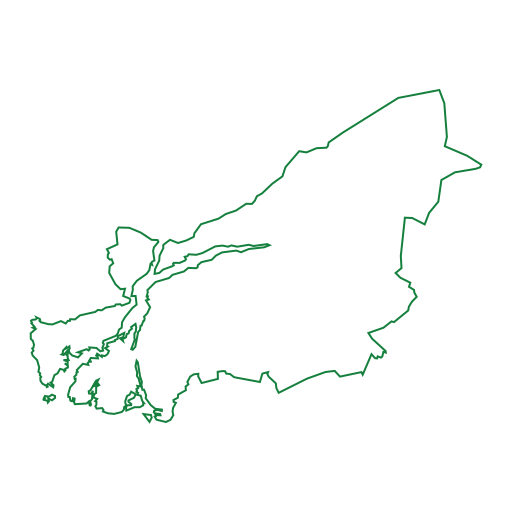 the district of Suldal nor, Rogaland, Norway
{"feature_id": "86288312B74998451175401", "entity_name": "Suldal nor", "entity_type": "district", "adm_level": 2, "iso_a3": "NOR", "parent_name": "Norway", "parent_adm1": "Rogaland", "projection": "albers", "projection_center": [6.141, 59.542], "detail": "fine", "context": "isolated", "style": "outline", "palette": "green", "viewbox_px": 512, "rotation_deg": 0, "n_neighbors": 0, "source": "geoboundaries", "source_scale": "gbopen_adm2", "svg_char_len": 5951}
<svg xmlns="http://www.w3.org/2000/svg" viewBox="0 0 512 512"><path d="M439.3,90.0L398.3,97.9L343.1,132.4L328.7,142.4L327.8,146.2L326.5,147.7L316.5,148.2L306.5,152.4L299.2,151.2L285.5,167.1L282.4,176.4L272.5,183.5L261.9,193.5L256.9,196.2L254.9,200.6L252.0,203.9L246.2,203.8L235.9,210.6L225.8,214.0L218.6,218.6L201.0,224.2L194.4,233.3L193.7,236.9L186.2,240.5L178.0,243.0L170.0,239.8L164.3,244.1L163.2,245.2L163.3,248.2L159.6,255.6L159.2,260.7L155.0,269.3L154.6,273.9L159.4,272.9L163.0,269.6L172.1,266.3L173.8,265.3L173.0,263.8L173.7,262.9L179.6,262.9L185.1,260.5L186.0,259.3L184.7,256.8L187.4,256.2L188.7,254.3L196.3,254.8L202.3,253.1L215.3,246.4L222.5,245.6L228.1,246.7L231.4,245.4L237.2,246.7L248.7,244.8L253.7,246.0L267.1,244.1L269.5,245.2L264.2,247.3L248.9,249.0L241.0,252.2L236.2,250.6L222.1,252.4L215.9,255.6L211.7,259.8L201.5,262.1L197.8,265.2L197.6,267.3L196.2,268.2L188.3,267.9L183.9,271.5L172.6,274.8L169.1,278.0L155.6,282.0L147.4,290.1L147.8,292.2L146.7,296.3L147.9,296.4L147.3,297.8L148.8,299.5L146.0,300.4L150.1,307.2L147.2,313.5L144.0,316.7L144.7,318.5L144.1,320.8L143.3,321.0L141.6,325.6L140.5,325.8L140.0,329.9L138.1,332.1L135.3,346.9L132.6,349.8L131.2,349.2L134.3,340.7L135.4,340.3L134.4,338.6L134.4,333.6L135.8,331.5L136.2,327.3L135.5,323.9L131.1,327.1L131.9,328.7L129.2,330.9L128.6,333.4L126.7,334.1L126.0,337.3L122.5,339.2L123.0,341.0L120.0,338.3L123.3,337.1L124.2,332.9L118.0,336.1L117.6,338.9L114.9,340.1L114.9,341.1L107.3,343.2L107.1,345.9L108.0,346.5L105.1,348.1L109.0,351.0L107.4,354.3L104.7,356.1L102.0,355.4L101.9,356.8L97.1,353.7L96.2,355.6L97.5,356.3L98.0,358.4L90.8,358.0L89.3,360.5L91.6,361.8L89.0,361.7L87.7,363.0L88.3,364.9L82.8,363.8L76.8,370.1L77.7,371.9L76.5,372.3L76.4,374.7L74.3,376.7L74.7,379.0L75.6,378.8L75.4,381.4L70.2,387.2L68.1,394.7L68.3,396.9L69.8,397.0L70.3,400.4L71.2,401.1L72.4,401.2L73.1,398.1L74.6,398.6L74.1,402.3L74.9,404.2L86.6,403.5L88.8,401.5L89.7,405.4L90.5,405.5L91.0,404.6L90.1,401.3L91.9,399.3L92.9,390.8L91.3,393.7L89.0,393.5L88.7,391.2L90.4,390.4L96.0,380.7L98.4,379.6L95.2,385.7L98.0,384.7L98.0,383.6L99.2,385.1L96.2,386.7L96.1,393.0L94.3,394.1L93.3,397.5L97.2,398.9L95.2,401.1L96.4,401.6L96.4,404.7L95.4,406.3L96.6,408.6L102.2,408.1L103.5,410.0L102.9,411.5L108.0,413.3L114.2,413.9L121.8,412.0L123.8,409.7L124.2,407.0L126.4,405.5L125.3,403.1L125.3,401.0L127.1,395.9L129.6,394.7L131.2,391.7L135.7,394.3L134.0,397.8L128.5,400.4L128.4,401.6L131.3,404.1L131.1,405.2L127.1,405.3L126.0,407.5L126.3,410.6L134.6,407.2L139.8,407.2L143.2,405.3L143.1,403.2L144.0,403.2L142.3,401.0L140.7,395.7L137.2,394.8L138.1,392.8L136.4,391.8L137.0,390.8L136.4,389.0L138.1,388.2L137.3,385.9L140.3,386.5L140.4,385.5L138.7,378.7L136.9,376.0L137.2,372.5L135.5,366.4L136.6,360.7L137.8,362.3L140.1,376.5L141.9,381.9L141.4,384.9L142.4,389.8L144.0,389.7L144.7,391.4L146.1,395.3L145.7,398.2L150.8,405.2L155.3,408.8L161.9,409.6L161.8,411.0L157.2,409.8L154.1,410.8L153.8,412.2L154.8,413.3L160.2,414.1L160.5,415.3L155.5,415.1L155.8,416.2L154.7,416.6L156.5,419.7L165.9,422.0L170.5,419.8L173.3,415.2L172.6,411.9L173.0,408.1L175.9,402.8L173.6,401.9L173.5,400.0L177.8,397.8L178.2,394.5L185.9,390.2L185.6,386.5L188.4,384.4L187.4,381.9L190.2,376.6L193.6,374.4L198.3,373.8L198.2,376.4L201.6,383.0L217.9,378.9L217.7,371.8L222.3,371.1L225.1,371.2L226.2,373.6L230.0,374.0L234.1,377.2L259.9,382.0L262.4,373.6L268.1,372.1L267.4,374.1L268.7,376.7L275.8,383.3L276.4,388.2L278.7,392.8L307.1,378.6L325.5,372.0L334.7,370.9L340.0,376.6L361.4,372.1L362.7,374.7L371.5,354.2L375.1,358.2L377.1,358.4L377.7,356.4L381.0,357.6L382.3,356.4L383.4,351.9L385.8,352.6L385.6,351.0L372.2,338.8L368.4,333.0L383.5,327.7L391.5,321.4L394.0,322.1L408.2,310.5L408.9,306.7L411.9,301.7L416.7,296.8L414.4,292.7L414.0,289.9L409.0,286.8L410.3,282.7L400.5,277.8L395.6,273.0L401.5,268.1L400.8,255.9L404.9,217.7L412.2,218.0L424.7,224.4L429.1,212.9L438.3,201.7L441.4,180.0L455.0,172.3L475.8,168.8L480.1,167.3L481.3,164.7L467.2,155.8L444.8,146.2L446.9,137.0L444.3,103.2L439.3,90.0ZM118.6,227.5L116.2,231.7L117.5,244.4L106.9,249.2L108.9,253.0L107.9,254.3L107.7,257.6L109.9,259.7L111.6,259.2L113.2,263.3L109.7,266.3L109.2,272.9L115.4,284.2L120.6,289.2L125.0,288.7L123.2,296.0L129.7,298.6L130.4,300.0L129.4,302.8L121.9,305.6L120.2,304.2L115.7,304.5L114.9,306.0L105.8,307.6L101.7,310.3L97.8,310.0L95.3,311.9L79.9,315.4L75.0,319.4L70.1,319.2L69.9,320.9L67.8,320.9L65.7,323.5L61.0,321.1L52.5,324.4L48.5,324.2L40.8,322.2L39.5,320.9L40.2,320.1L39.8,319.0L36.5,317.4L36.9,318.1L35.7,319.5L32.2,319.8L31.0,320.9L32.0,322.8L31.4,323.3L34.7,327.0L32.9,327.7L35.7,329.0L30.7,333.3L30.8,338.9L32.9,340.9L34.0,344.8L33.4,347.7L32.2,348.4L33.5,350.7L31.7,352.6L32.7,355.6L37.1,360.1L39.2,367.4L38.4,371.8L40.2,373.3L39.8,375.1L41.2,376.9L40.3,377.8L40.5,380.8L42.3,383.6L46.6,386.0L46.6,385.1L46.9,385.0L46.9,387.0L47.7,386.7L46.9,385.2L48.0,383.7L53.2,387.2L53.5,385.2L50.6,382.6L52.2,381.7L54.4,375.2L57.6,373.3L60.1,368.9L63.6,369.8L64.4,371.4L65.5,370.2L65.3,368.7L67.9,367.5L67.9,365.8L64.7,363.4L67.6,364.9L67.7,361.5L63.5,360.0L68.6,360.0L67.6,357.9L67.8,356.2L66.5,354.8L67.7,354.1L67.2,351.0L63.7,355.0L61.7,354.4L62.6,353.8L63.1,350.5L66.2,347.3L66.3,348.4L69.4,346.4L69.7,348.5L68.7,349.9L69.4,352.7L72.3,355.5L78.0,357.4L81.9,353.4L77.9,352.3L86.6,349.2L88.6,350.5L89.7,349.4L89.3,347.4L96.5,348.0L100.3,351.3L103.1,350.6L102.4,347.8L103.9,344.1L102.8,342.9L103.5,340.8L115.9,335.8L117.9,333.3L119.0,329.6L121.7,327.7L122.1,322.2L125.0,317.2L132.4,308.0L136.6,304.6L135.6,296.0L131.4,296.1L132.8,289.9L132.7,286.2L136.8,280.8L146.7,273.8L149.3,270.2L150.5,264.0L152.1,264.8L151.5,262.8L151.9,261.9L154.4,260.5L153.1,251.1L153.9,247.4L158.4,241.9L157.6,240.1L151.6,239.8L140.8,232.6L129.3,227.8L118.6,227.5ZM52.0,394.7L49.0,396.6L44.9,396.0L43.7,398.6L44.8,398.6L44.0,399.9L47.6,400.8L47.9,402.5L48.9,401.4L48.3,398.5L52.0,400.3L55.1,397.9L55.0,396.0L52.0,394.7ZM151.7,417.7L151.0,415.0L143.6,414.1L149.5,421.9L151.7,417.7Z" fill="none" stroke="#15803d" stroke-width="2"/></svg>